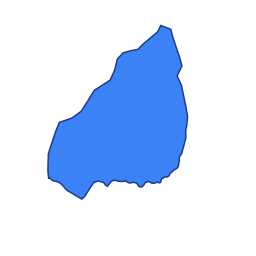 Kobé, Wadi Fira, Chad, rotated 53°
{"feature_id": "50815135B20529104749764", "entity_name": "Kobé", "entity_type": "district", "adm_level": 2, "iso_a3": "TCD", "parent_name": "Chad", "parent_adm1": "Wadi Fira", "projection": "robinson", "projection_center": [22.719, 15.288], "detail": "fine", "context": "isolated", "style": "filled", "palette": "blue", "viewbox_px": 256, "rotation_deg": 53, "n_neighbors": 0, "source": "geoboundaries", "source_scale": "gbopen_adm2", "svg_char_len": 2500}
<svg xmlns="http://www.w3.org/2000/svg" viewBox="0 0 256 256"><g transform="rotate(53 128 128)"><path d="M121.0,221.1L121.3,220.4L122.5,220.2L124.5,219.9L125.0,219.8L125.1,219.7L125.5,219.2L127.7,217.3L127.9,217.2L129.1,216.4L131.0,215.5L133.5,214.9L133.8,214.9L140.9,214.3L156.5,207.9L157.0,207.6L156.8,205.0L156.6,203.7L153.2,194.8L151.8,190.6L151.4,189.3L150.8,187.5L151.5,186.6L151.6,186.1L151.7,185.5L152.0,184.8L152.6,183.6L153.0,183.2L153.3,183.0L154.7,181.9L155.4,181.3L156.0,180.9L156.5,180.6L156.9,180.5L158.2,180.0L159.2,180.2L159.4,180.2L160.0,180.5L162.1,179.4L162.3,179.3L162.2,179.2L161.6,178.4L161.5,177.4L161.5,176.6L161.4,176.5L161.4,176.4L161.3,176.1L161.0,174.9L160.9,174.8L160.7,173.3L160.7,173.2L160.8,172.7L160.8,172.3L161.1,170.9L162.1,170.0L162.6,169.4L163.1,168.8L163.3,168.6L163.6,168.1L163.8,168.1L164.6,167.9L166.2,166.1L166.3,166.0L168.0,163.6L168.3,162.7L168.4,162.1L168.6,162.0L169.9,161.5L170.5,161.2L171.5,160.8L172.1,160.6L173.8,158.5L173.9,157.9L174.0,157.6L174.0,157.0L174.3,156.5L174.4,156.4L175.1,155.9L176.9,154.6L177.0,154.5L178.2,154.3L179.6,154.4L180.8,154.5L182.2,153.9L182.8,153.3L183.3,152.5L183.3,152.4L183.3,152.0L183.3,151.9L183.3,151.2L183.0,149.4L182.4,147.9L182.1,147.2L182.0,146.5L182.4,145.9L182.6,145.6L182.6,144.4L182.6,144.1L184.5,142.9L185.4,142.6L186.1,142.3L187.5,141.0L188.0,140.3L188.3,139.1L188.4,138.4L188.6,137.3L189.0,136.8L189.8,136.8L190.6,136.0L190.7,135.9L191.0,135.1L190.8,134.2L189.7,133.2L189.0,132.2L188.7,131.9L188.8,131.4L189.0,131.0L189.0,130.8L189.1,130.7L189.1,130.2L189.1,128.8L189.5,127.4L190.5,126.4L190.7,126.2L190.8,125.6L190.8,125.4L190.8,125.1L190.9,124.4L190.6,123.5L190.0,122.4L189.7,122.0L189.6,121.9L189.4,118.4L189.3,118.1L189.1,117.0L189.1,116.9L189.6,114.4L189.6,113.9L189.5,112.7L189.1,111.0L188.4,110.3L187.0,109.0L186.9,108.9L185.9,107.7L185.0,106.6L184.9,106.6L183.6,105.7L182.8,105.1L181.8,103.8L181.7,103.7L180.9,101.2L180.9,100.8L180.7,100.5L176.9,95.6L170.8,87.8L167.1,85.2L163.9,82.7L161.3,79.5L154.8,73.6L145.8,68.9L132.6,62.7L126.3,59.7L115.9,57.4L111.5,48.8L110.9,47.6L101.7,43.9L94.4,41.6L91.1,40.5L81.6,37.2L81.3,37.2L81.0,37.0L74.9,34.4L71.0,36.9L70.8,37.0L66.6,39.7L65.9,40.0L69.1,46.8L70.0,65.0L71.2,72.7L67.9,79.4L65.0,86.7L65.7,90.1L66.5,95.0L73.7,103.7L79.0,113.4L78.4,122.1L77.6,132.2L81.4,141.8L86.5,155.3L86.3,166.6L82.2,179.5L84.0,182.5L87.6,188.4L97.5,202.7L100.9,207.3L108.1,213.1L113.8,217.6L120.3,221.6L121.0,221.1Z" fill="#3b82f6" stroke="#1e3a8a" stroke-width="1.5"/></g></svg>